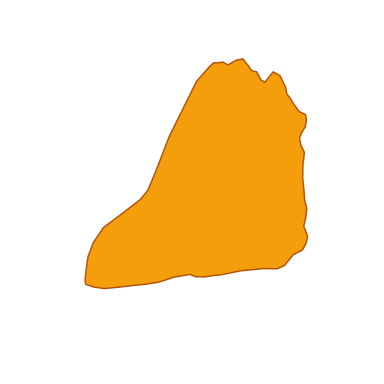 outline of Ovanåker, Gävleborg, Sweden, rotated 64°
{"feature_id": "70781695B81949975609357", "entity_name": "Ovanåker", "entity_type": "district", "adm_level": 2, "iso_a3": "SWE", "parent_name": "Sweden", "parent_adm1": "Gävleborg", "projection": "orthographic", "projection_center": [15.777, 61.335], "detail": "fine", "context": "isolated", "style": "filled", "palette": "amber", "viewbox_px": 384, "rotation_deg": 64, "n_neighbors": 0, "source": "geoboundaries", "source_scale": "gbopen_adm2", "svg_char_len": 974}
<svg xmlns="http://www.w3.org/2000/svg" viewBox="0 0 384 384"><g transform="rotate(64 192 192)"><path d="M228.4,328.0L234.1,322.2L240.4,313.1L245.5,299.3L251.1,283.4L254.5,274.3L258.4,261.7L260.6,245.8L265.1,230.1L269.8,225.8L274.1,217.4L276.2,210.1L279.1,202.5L284.0,183.3L292.2,161.2L298.3,149.2L298.6,141.2L292.7,128.3L292.6,118.2L287.9,111.8L282.5,107.5L271.7,106.5L265.5,101.5L257.2,96.1L248.6,94.3L238.2,90.1L228.1,86.5L215.5,80.0L210.8,76.8L205.4,73.6L197.9,73.6L190.7,71.8L186.8,67.5L183.2,61.7L177.8,57.8L172.4,56.0L166.3,60.6L157.0,62.1L150.5,62.7L145.5,63.8L139.4,62.0L126.1,61.9L119.7,66.2L121.4,70.5L125.3,78.4L121.4,80.9L112.4,81.2L109.1,85.2L102.7,86.2L94.7,87.9L92.9,94.4L93.5,104.1L88.8,107.3L87.0,112.7L85.4,116.1L87.2,121.7L94.4,139.2L108.4,157.3L132.0,188.0L155.7,213.5L170.9,230.6L176.0,241.4L180.5,263.0L185.1,286.9L194.2,302.9L199.9,308.9L204.4,313.7L213.6,320.0L224.4,326.8L228.4,328.0Z" fill="#f59e0b" stroke="#b45309" stroke-width="1.5"/></g></svg>